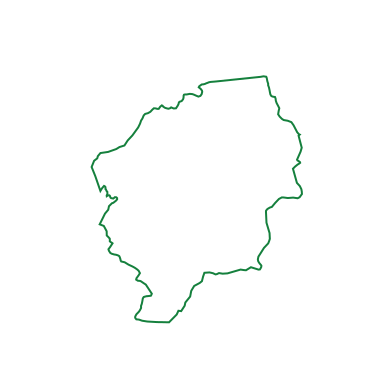 the district of Bouca, Ouham, Central African Republic, rotated 33°
{"feature_id": "33826404B6253227494909", "entity_name": "Bouca", "entity_type": "district", "adm_level": 2, "iso_a3": "CAF", "parent_name": "Central African Republic", "parent_adm1": "Ouham", "projection": "natural_earth1", "projection_center": [18.249, 6.335], "detail": "fine", "context": "isolated", "style": "outline", "palette": "green", "viewbox_px": 384, "rotation_deg": 33, "n_neighbors": 0, "source": "geoboundaries", "source_scale": "gbopen_adm2", "svg_char_len": 3522}
<svg xmlns="http://www.w3.org/2000/svg" viewBox="0 0 384 384"><g transform="rotate(33 192 192)"><path d="M279.9,228.2L282.4,223.0L284.9,222.3L288.4,221.3L290.0,220.9L291.1,220.0L291.1,218.8L290.9,217.1L290.3,216.0L289.4,215.6L287.6,215.1L286.4,214.6L285.1,213.9L283.9,212.6L282.9,210.0L282.9,206.5L282.8,199.7L283.9,193.6L283.4,191.1L282.8,188.9L279.4,184.2L271.2,177.2L264.8,168.3L264.3,167.4L264.4,165.8L264.7,164.8L265.8,162.6L267.1,161.0L267.7,155.9L268.7,150.5L270.3,147.6L272.0,146.6L275.6,144.9L279.9,141.6L284.0,139.7L285.1,137.8L285.2,135.6L285.3,133.8L283.8,131.8L282.2,130.1L279.2,128.3L275.0,127.2L264.0,117.5L264.6,114.6L265.6,111.5L266.5,109.6L266.8,108.6L266.2,108.1L264.5,108.0L263.3,108.1L262.5,107.7L261.1,99.1L259.9,95.1L251.8,87.7L250.7,86.7L251.1,85.2L250.1,85.3L247.7,84.6L240.8,80.7L237.3,79.3L233.5,80.1L229.7,81.7L227.5,81.7L224.4,81.0L221.9,79.9L220.5,76.7L219.6,74.2L217.2,72.8L214.5,71.3L212.6,69.8L211.2,68.1L209.8,67.1L209.1,67.5L207.5,68.1L206.3,68.3L204.6,67.5L203.4,66.3L201.6,64.4L199.7,62.5L197.6,60.9L197.0,59.8L194.9,58.1L192.6,55.7L191.5,54.9L189.0,56.0L187.6,57.3L187.0,57.9L151.6,86.5L147.6,89.6L146.4,90.8L145.6,92.0L144.8,93.0L144.0,94.3L142.9,95.5L141.6,96.5L140.5,99.3L140.6,100.5L143.1,100.8L145.1,101.5L146.0,102.4L146.8,104.7L146.7,106.8L145.4,108.5L143.3,108.9L140.7,109.3L139.0,109.7L136.7,110.9L134.3,113.2L133.0,114.0L132.3,114.8L132.5,115.8L133.3,117.1L133.7,118.0L134.0,119.1L133.8,121.3L133.1,122.3L132.5,123.0L132.2,124.0L132.8,125.6L133.0,127.3L133.0,129.8L133.0,130.5L131.2,131.9L129.7,132.2L128.4,132.4L128.1,133.5L126.9,135.0L125.9,135.4L123.6,136.1L121.4,136.1L120.4,135.7L119.5,135.8L119.0,137.4L118.9,137.8L118.8,140.2L118.8,140.4L117.6,141.2L116.2,141.6L115.2,142.1L114.4,142.6L113.9,144.5L113.4,147.4L112.1,149.9L110.2,152.0L109.8,154.1L110.4,157.4L110.4,159.8L111.2,163.0L111.7,167.1L111.2,177.0L110.0,183.8L110.0,189.8L106.7,193.8L105.1,197.2L99.8,204.1L94.0,209.2L93.5,213.2L94.2,215.4L92.9,219.1L94.2,225.7L102.3,231.4L114.6,241.0L114.5,238.2L114.7,236.3L114.9,234.8L115.6,234.7L116.7,235.0L117.9,236.7L118.4,236.7L119.8,237.7L120.8,237.9L122.2,239.8L122.3,241.3L122.8,241.9L123.4,240.5L124.1,240.2L124.6,239.8L125.5,240.1L126.5,241.0L127.0,241.2L127.6,241.1L129.5,240.4L129.7,239.9L130.1,238.4L131.3,237.7L131.6,237.7L132.5,237.9L133.2,238.9L133.0,240.6L131.9,243.9L131.0,245.0L130.1,249.1L131.4,252.5L130.8,257.5L132.2,269.4L136.5,268.5L141.8,271.4L144.2,274.9L146.6,275.4L148.4,275.9L149.3,277.1L149.9,278.1L150.9,278.3L152.1,278.2L153.3,278.3L153.3,282.8L153.1,285.5L154.3,286.5L156.7,287.6L158.3,287.5L160.7,286.8L162.5,286.0L164.3,285.5L165.9,285.4L166.9,286.0L168.4,287.2L169.5,288.3L170.5,288.8L173.8,287.6L178.3,287.5L182.6,286.9L185.3,286.7L188.1,286.8L190.1,287.1L192.5,288.4L192.6,290.4L192.5,292.8L192.4,294.6L192.9,295.9L194.9,295.9L196.8,294.9L197.6,294.7L201.6,294.8L203.7,294.8L213.7,299.2L214.0,300.9L214.0,301.4L211.3,303.7L211.0,303.8L209.4,305.5L208.7,306.4L208.7,308.0L209.6,310.1L209.9,310.8L210.8,313.1L211.3,315.3L212.4,316.9L212.5,317.3L212.7,319.4L212.7,321.1L212.4,322.8L212.0,324.7L212.1,326.5L212.4,327.9L213.3,328.7L214.7,329.1L217.0,327.9L220.3,327.1L225.0,325.0L233.6,320.1L238.2,317.2L243.7,313.8L245.9,303.1L245.3,299.0L247.8,297.8L247.8,291.4L246.6,288.3L247.4,280.7L245.2,275.3L245.0,269.6L248.0,264.1L248.9,261.4L247.4,257.0L246.4,253.0L250.5,249.9L253.8,248.7L256.6,248.3L257.6,247.3L258.8,245.3L262.2,243.8L266.1,240.9L275.0,230.6L278.1,229.2L279.9,228.2Z" fill="none" stroke="#15803d" stroke-width="2"/></g></svg>